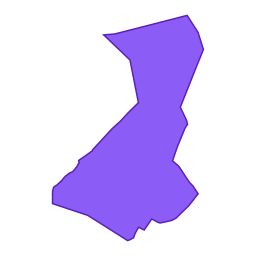 outline of San Juan Colorado, Oaxaca, Mexico
{"feature_id": "50627088B25667047136129", "entity_name": "San Juan Colorado", "entity_type": "district", "adm_level": 2, "iso_a3": "MEX", "parent_name": "Mexico", "parent_adm1": "Oaxaca", "projection": "equal_earth", "projection_center": [-97.926, 16.501], "detail": "fine", "context": "isolated", "style": "filled", "palette": "violet", "viewbox_px": 256, "rotation_deg": 0, "n_neighbors": 0, "source": "geoboundaries", "source_scale": "gbopen_adm2", "svg_char_len": 1675}
<svg xmlns="http://www.w3.org/2000/svg" viewBox="0 0 256 256"><path d="M198.1,193.8L192.9,185.9L189.6,182.5L188.4,180.7L186.3,177.7L184.5,174.9L182.5,171.9L182.4,171.7L182.0,171.1L181.9,171.0L181.2,169.9L179.2,166.9L179.0,166.6L177.2,164.8L172.5,160.9L177.0,147.7L184.8,128.7L186.2,126.2L187.5,124.5L186.6,120.4L180.3,107.2L191.7,78.6L196.0,67.7L203.5,49.3L203.0,48.1L198.0,32.3L187.1,15.4L114.6,34.0L103.7,34.9L130.0,60.0L138.4,102.7L128.4,112.5L120.7,120.9L112.1,128.7L110.9,130.0L92.6,149.8L92.2,151.2L90.7,151.8L90.3,152.3L78.6,160.5L78.8,161.2L79.3,162.3L79.1,162.7L78.7,163.3L78.1,164.2L78.1,164.3L76.6,167.2L76.1,167.5L75.4,168.3L75.0,169.2L74.3,169.8L73.8,170.5L73.1,171.3L72.9,171.6L72.4,171.8L72.0,172.0L71.6,172.2L69.8,172.9L69.1,173.4L68.6,173.7L68.2,174.0L67.3,174.9L67.1,175.0L65.5,176.1L64.8,176.9L64.0,177.7L63.9,177.8L63.4,178.4L62.9,179.4L62.2,180.0L61.3,181.0L61.0,181.5L60.8,181.3L59.7,182.5L58.6,183.4L56.6,185.3L55.9,185.6L54.0,186.9L53.6,187.4L53.5,187.7L52.6,191.3L52.5,194.8L52.6,198.4L52.5,199.4L52.6,200.5L52.5,203.6L61.1,206.5L63.1,207.1L66.8,208.4L78.9,212.4L87.6,215.3L107.8,228.0L127.6,240.6L130.0,239.7L133.6,237.8L134.8,234.2L135.8,232.2L137.1,229.9L138.6,227.3L144.2,230.0L147.2,225.6L151.7,219.0L153.9,220.1L157.5,222.1L157.9,222.3L160.1,223.0L164.2,222.1L165.3,221.9L167.2,221.5L170.8,220.6L171.2,220.5L171.5,220.6L172.7,219.9L174.0,219.2L175.3,218.6L176.0,218.2L177.7,216.5L179.5,214.8L180.3,214.0L180.4,213.8L180.5,213.7L181.2,213.1L185.2,209.2L187.6,206.9L188.2,206.4L188.4,206.2L189.0,205.4L190.8,203.2L191.8,201.9L192.1,201.5L193.0,200.4L193.7,199.5L195.1,197.6L198.1,193.8Z" fill="#8b5cf6" stroke="#5b21b6" stroke-width="1.5"/></svg>